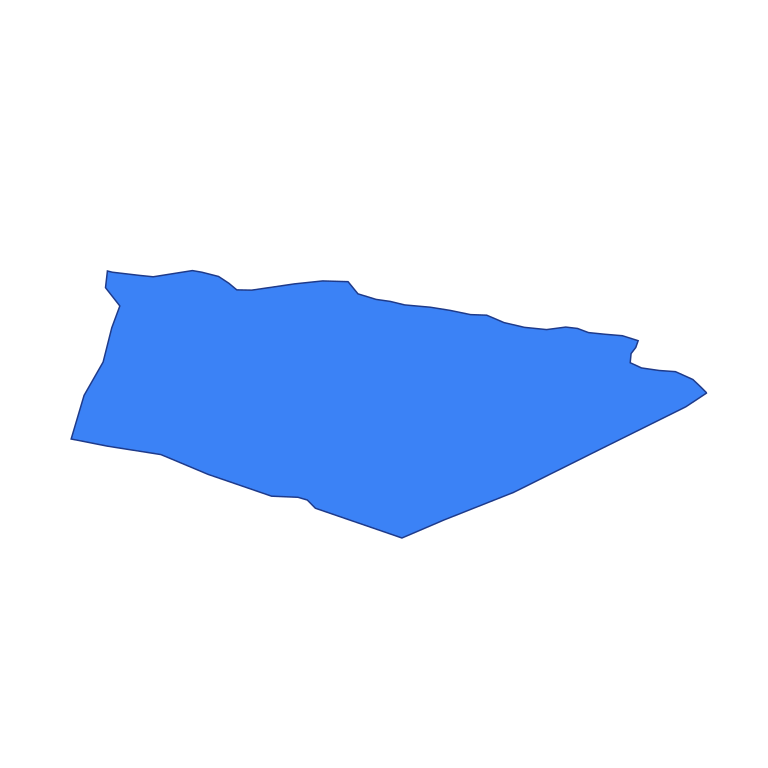 Malå, Västerbotten, Sweden (Equal Earth projection), rotated 351°
{"feature_id": "70781695B10174824853138", "entity_name": "Malå", "entity_type": "district", "adm_level": 2, "iso_a3": "SWE", "parent_name": "Sweden", "parent_adm1": "Västerbotten", "projection": "equal_earth", "projection_center": [18.759, 65.261], "detail": "fine", "context": "isolated", "style": "filled", "palette": "blue", "viewbox_px": 768, "rotation_deg": 351, "n_neighbors": 0, "source": "geoboundaries", "source_scale": "gbopen_adm2", "svg_char_len": 901}
<svg xmlns="http://www.w3.org/2000/svg" viewBox="0 0 768 768"><g transform="rotate(351 384 384)"><path d="M128.5,229.1L124.0,245.3L135.3,265.6L123.9,285.9L110.0,318.4L86.0,348.3L66.4,389.4L101.3,402.2L152.6,418.8L196.2,445.8L255.4,477.2L281.2,482.4L290.1,486.6L296.8,496.0L331.5,514.4L377.6,538.9L422.3,527.6L495.1,511.3L586.9,482.4L678.6,453.7L701.6,443.2L701.3,443.3L696.7,436.9L689.8,427.9L673.8,417.4L657.9,413.7L640.8,408.4L630.5,401.5L632.8,392.6L638.4,387.3L641.8,381.0L627.0,373.6L609.9,369.4L594.0,365.2L583.8,359.4L572.4,356.2L553.1,355.7L531.5,350.0L512.1,342.1L496.2,332.1L480.3,329.0L461.0,321.7L441.7,315.4L416.7,309.1L403.1,303.4L389.4,299.2L372.4,290.9L364.5,277.3L339.5,272.6L311.1,271.1L268.0,270.6L253.3,268.0L246.5,260.2L237.4,251.9L221.6,245.1L212.5,242.0L189.8,242.0L172.8,242.0L159.2,238.4L133.2,231.1L128.5,229.1Z" fill="#3b82f6" stroke="#1e3a8a" stroke-width="1.5"/></g></svg>